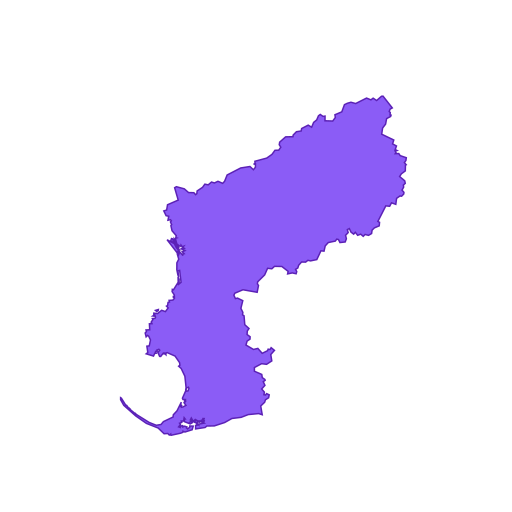 Tasman District, Tasman District, New Zealand, rotated 207°
{"feature_id": "76426892B40420864534448", "entity_name": "Tasman District", "entity_type": "district", "adm_level": 2, "iso_a3": "NZL", "parent_name": "New Zealand", "parent_adm1": "Tasman District", "projection": "albers", "projection_center": [172.761, -41.402], "detail": "fine", "context": "isolated", "style": "filled", "palette": "violet", "viewbox_px": 512, "rotation_deg": 207, "n_neighbors": 0, "source": "geoboundaries", "source_scale": "gbopen_adm2", "svg_char_len": 6035}
<svg xmlns="http://www.w3.org/2000/svg" viewBox="0 0 512 512"><g transform="rotate(207 256 256)"><path d="M342.3,240.4L336.3,237.9L335.8,236.0L334.9,236.1L335.9,235.1L332.0,230.8L328.4,230.2L327.5,230.6L327.8,231.7L325.8,230.8L324.9,231.8L325.1,230.7L323.4,230.2L326.6,228.5L321.8,228.5L323.7,226.3L321.1,225.4L322.4,224.3L321.2,223.2L325.8,225.0L325.5,222.1L326.6,223.2L327.1,222.1L323.4,218.1L323.4,214.0L320.3,207.8L317.2,203.9L315.5,202.2L318.8,207.4L317.5,208.5L310.8,198.5L312.5,194.7L312.4,197.0L313.4,197.6L314.2,188.4L315.4,188.3L314.6,186.2L311.1,184.2L309.4,181.2L310.1,178.9L313.3,177.0L312.2,175.7L313.3,174.7L312.3,171.7L313.0,170.7L310.7,169.9L311.5,165.3L315.4,164.8L317.6,160.0L321.1,158.7L320.1,156.7L320.7,155.7L319.4,156.2L319.6,157.1L319.4,157.5L317.7,155.9L317.7,154.6L319.9,153.2L319.0,152.5L319.4,149.5L318.0,148.5L320.2,147.2L317.2,142.0L320.4,140.2L319.3,138.9L319.8,137.1L317.2,134.1L316.6,136.0L315.3,135.9L311.9,133.3L310.3,127.5L312.3,126.1L308.6,120.9L309.4,119.0L301.9,120.3L302.0,123.2L300.1,124.6L301.8,123.9L302.1,125.5L300.8,126.4L301.6,127.2L300.2,128.8L299.0,128.4L299.6,125.5L296.3,122.8L295.3,123.2L294.5,127.4L293.5,127.9L293.3,127.3L292.9,127.7L292.1,127.2L291.8,127.2L292.6,128.0L291.6,127.4L292.1,128.8L291.3,129.6L282.7,130.1L275.7,126.3L274.2,124.1L274.9,122.7L271.6,121.8L264.8,116.6L258.5,106.9L257.9,104.8L257.3,104.1L258.0,106.8L256.7,108.4L255.7,107.7L255.3,105.0L257.4,103.4L257.0,95.9L256.0,95.0L253.7,96.1L253.5,95.3L253.2,95.2L252.9,94.7L252.7,94.3L253.5,92.6L250.6,91.1L252.7,88.2L254.2,87.0L253.6,87.7L254.8,87.6L254.1,89.6L255.5,88.1L256.2,91.9L256.1,82.2L257.6,77.0L256.8,74.9L263.3,66.4L264.1,62.8L268.0,59.9L275.6,59.2L291.7,60.6L300.1,62.5L304.1,64.5L303.1,63.9L304.4,64.0L311.4,68.2L312.3,68.3L311.4,66.5L306.0,62.9L290.6,58.9L277.7,57.1L265.1,58.3L257.2,55.9L254.0,57.8L252.0,57.1L251.2,58.6L250.7,57.7L250.3,57.7L242.6,64.0L241.1,65.7L241.5,66.7L239.4,66.9L234.0,72.2L234.7,75.9L237.8,74.5L237.3,73.4L238.4,70.9L239.9,71.2L239.9,72.3L242.3,72.0L244.2,69.8L243.4,71.3L244.6,71.5L246.1,69.9L245.7,68.8L247.4,68.6L246.8,71.5L248.2,72.3L246.6,74.0L247.6,75.0L245.6,76.1L246.6,79.3L245.1,78.6L245.8,78.2L244.6,75.9L238.4,76.5L237.0,78.7L237.5,79.7L239.3,78.3L238.7,80.1L240.1,80.1L240.1,82.3L236.9,80.2L235.9,82.8L234.4,82.7L236.4,80.1L235.1,79.9L232.6,81.2L232.1,82.4L233.4,81.9L232.4,82.9L231.5,82.3L231.3,84.1L231.2,82.4L230.7,82.4L230.0,85.5L230.2,83.1L228.4,84.2L228.6,86.8L229.3,86.4L229.5,87.1L228.4,87.6L228.0,84.7L227.3,85.4L227.1,84.5L227.9,83.4L226.5,83.4L230.6,80.3L230.2,79.5L231.7,80.0L233.0,79.7L231.2,78.8L232.9,77.7L231.3,74.5L223.5,80.1L222.6,82.2L216.0,85.7L208.3,93.4L203.7,100.3L196.0,105.5L190.9,111.2L182.1,116.8L178.4,117.4L183.7,124.5L181.9,129.6L182.3,132.2L180.4,135.4L181.2,138.3L184.1,138.2L184.4,136.5L186.0,136.0L186.7,138.5L190.6,140.1L189.3,144.8L192.5,147.3L191.4,149.4L192.0,150.0L195.2,150.5L197.1,153.1L205.1,152.6L206.8,155.9L202.1,162.6L197.4,164.3L194.3,169.7L198.1,174.9L196.7,180.3L200.9,181.2L201.0,179.1L202.9,178.5L202.7,176.9L206.3,172.1L212.4,174.5L215.8,171.6L224.5,172.1L225.3,176.1L223.6,179.2L224.6,181.4L228.3,182.0L229.7,185.2L229.3,188.2L234.8,189.7L239.5,197.3L241.3,197.5L242.1,199.8L245.7,202.5L247.5,210.2L253.4,210.1L255.0,208.7L257.9,211.0L258.0,213.2L252.3,220.0L238.5,224.2L240.4,230.9L242.1,231.8L242.8,233.7L239.7,243.1L240.1,250.3L236.1,251.8L234.8,255.2L228.2,258.4L220.4,256.9L219.7,254.4L216.0,257.4L212.2,258.4L212.6,260.6L214.7,262.1L213.3,264.3L213.8,267.1L212.7,271.3L209.0,273.1L207.8,275.7L205.2,276.4L200.2,280.4L200.5,290.1L197.6,291.2L198.9,296.4L197.7,300.8L192.1,305.3L191.7,307.7L190.0,308.1L187.3,306.1L182.9,309.0L183.3,312.4L185.6,315.1L184.5,318.7L186.6,321.0L185.3,322.8L182.2,320.4L178.9,319.8L178.3,322.2L174.8,320.6L172.6,323.0L169.4,322.2L168.6,324.7L165.1,325.5L163.2,328.5L164.3,331.7L163.3,334.8L159.9,338.8L161.2,342.1L163.1,342.1L163.1,359.6L159.5,361.0L159.4,364.9L154.9,365.5L156.9,371.2L155.0,374.8L153.4,375.4L152.5,378.3L153.1,379.9L155.8,381.0L155.7,384.4L156.9,386.1L156.0,388.5L157.6,390.5L164.1,392.0L163.8,395.2L161.6,399.6L164.1,404.8L163.6,405.5L166.2,406.6L165.8,409.2L166.7,411.8L173.1,410.9L175.3,412.1L178.4,410.4L178.3,411.9L179.8,412.8L178.3,414.0L180.3,414.1L180.8,417.8L185.2,417.9L185.9,421.9L199.3,421.6L201.3,427.5L200.4,432.3L202.0,437.7L199.4,441.4L199.6,442.8L200.6,442.5L201.5,444.8L202.9,445.2L203.2,447.7L201.8,449.8L215.4,456.1L216.7,455.3L219.1,449.3L223.3,449.8L224.5,447.3L229.2,446.9L236.4,437.1L241.2,436.1L244.0,433.5L245.9,431.0L245.0,423.4L249.8,417.7L248.2,415.4L248.9,411.1L255.9,407.8L258.0,412.0L259.7,410.8L263.0,411.3L264.0,409.3L263.7,404.8L265.3,401.2L264.9,396.0L268.9,396.3L273.2,390.3L272.5,387.9L276.4,385.1L277.8,380.6L277.2,379.1L283.7,375.6L286.6,368.2L285.8,365.7L283.3,364.2L283.8,360.6L287.1,358.8L287.9,353.8L290.9,348.1L300.0,339.9L298.9,338.1L299.8,336.6L298.3,337.8L296.8,334.8L297.5,331.7L302.0,333.0L309.6,327.5L318.5,315.1L317.9,308.3L318.7,305.6L323.8,305.3L326.2,302.2L329.2,301.7L330.9,297.7L334.2,296.8L334.8,292.9L338.0,287.2L337.0,284.7L337.7,283.2L340.1,284.2L344.9,281.9L350.4,283.3L358.4,281.6L359.5,279.9L350.7,270.5L358.1,261.5L356.5,256.4L358.6,254.3L354.4,251.1L351.8,251.8L350.7,247.9L348.7,249.5L347.4,248.9L347.7,247.5L345.4,245.7L345.6,244.4L342.3,240.4ZM342.6,230.1L327.6,223.0L326.7,223.9L328.2,224.3L326.6,225.4L330.8,227.3L334.4,229.9L342.6,230.1ZM327.9,226.2L327.1,226.7L328.1,226.7L328.5,228.4L331.6,230.1L332.6,229.5L327.9,226.2ZM334.3,230.2L338.3,233.4L339.2,233.2L338.9,230.8L334.3,230.2ZM335.7,231.6L332.2,230.4L336.6,233.7L335.7,231.6ZM319.2,161.5L318.3,163.0L318.7,164.0L320.9,161.9L319.2,161.5ZM313.7,197.8L313.3,198.1L313.6,198.2L314.0,198.9L312.9,198.2L313.8,200.1L315.9,201.9L313.7,197.8ZM254.6,94.5L253.0,94.0L252.9,94.6L254.6,94.5ZM299.7,62.6L298.0,62.3L300.7,63.1L299.7,62.6ZM311.4,183.1L311.2,182.1L310.4,181.1L311.4,183.1ZM292.4,61.0L291.2,60.8L292.7,61.2L292.4,61.0ZM334.7,233.0L333.7,232.1L333.8,232.6L334.7,233.0Z" fill="#8b5cf6" stroke="#5b21b6" stroke-width="1.5"/></g></svg>